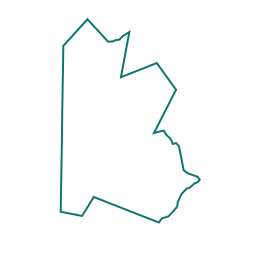 outline of Curralinhos, Piauí, Brazil, rotated 103°
{"feature_id": "56859067B11592620303121", "entity_name": "Curralinhos", "entity_type": "district", "adm_level": 2, "iso_a3": "BRA", "parent_name": "Brazil", "parent_adm1": "Piauí", "projection": "orthographic", "projection_center": [-42.84, -5.603], "detail": "fine", "context": "isolated", "style": "outline", "palette": "teal", "viewbox_px": 256, "rotation_deg": 103, "n_neighbors": 0, "source": "geoboundaries", "source_scale": "gbopen_adm2", "svg_char_len": 761}
<svg xmlns="http://www.w3.org/2000/svg" viewBox="0 0 256 256"><g transform="rotate(103 128 128)"><path d="M213.1,76.7L208.4,74.5L204.8,68.5L194.8,62.9L192.4,62.4L189.4,62.9L186.6,62.3L184.1,61.8L179.8,60.8L173.8,57.0L171.9,54.1L167.2,50.9L165.1,47.9L162.2,46.5L159.9,49.3L158.6,60.0L156.7,64.2L134.2,74.3L131.9,77.7L133.4,80.8L130.8,82.5L128.6,84.7L126.2,88.9L122.5,92.6L127.0,101.6L122.8,100.5L79.9,89.8L66.9,104.7L58.2,114.6L74.0,137.5L80.1,146.3L34.2,148.3L40.1,154.1L43.6,156.0L45.4,160.0L47.2,162.7L48.4,166.8L31.2,192.0L50.2,202.6L62.5,209.5L94.2,202.7L125.2,196.1L130.2,195.0L160.6,188.4L187.0,182.8L218.0,176.2L220.6,175.6L224.8,174.7L224.0,153.0L213.0,149.2L202.9,145.9L208.9,105.7L213.1,76.7Z" fill="none" stroke="#0f766e" stroke-width="2"/></g></svg>